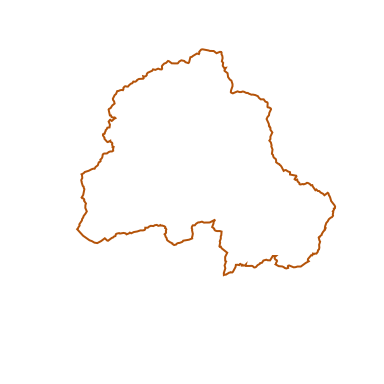 outline of Huong Son, Ha Tinh, Vietnam, rotated 53°
{"feature_id": "81297802B24299836434530", "entity_name": "Huong Son", "entity_type": "district", "adm_level": 2, "iso_a3": "VNM", "parent_name": "Vietnam", "parent_adm1": "Ha Tinh", "projection": "robinson", "projection_center": [105.339, 18.446], "detail": "fine", "context": "isolated", "style": "outline", "palette": "amber", "viewbox_px": 384, "rotation_deg": 53, "n_neighbors": 0, "source": "geoboundaries", "source_scale": "gbopen_adm2", "svg_char_len": 5957}
<svg xmlns="http://www.w3.org/2000/svg" viewBox="0 0 384 384"><g transform="rotate(53 192 192)"><path d="M313.1,123.8L310.6,122.2L308.8,119.6L307.4,119.4L304.6,118.2L304.4,117.5L304.7,116.6L304.3,116.0L304.3,114.2L303.6,113.5L302.6,111.0L302.2,108.5L301.6,108.5L301.2,107.0L300.5,107.3L299.5,106.3L297.5,103.3L297.1,101.3L296.1,99.1L296.0,96.6L296.3,95.4L295.8,93.6L294.7,93.1L292.9,91.1L292.2,91.2L291.5,89.1L290.6,88.7L290.9,87.6L289.8,86.5L288.4,86.2L283.0,86.3L279.6,85.0L278.0,84.6L277.3,84.7L275.3,83.9L274.3,84.1L274.3,88.2L272.3,88.4L269.8,89.6L267.9,89.8L266.9,90.9L264.8,91.2L264.8,92.4L260.0,92.2L258.9,91.8L258.2,93.0L256.4,93.1L254.4,94.1L253.8,94.8L253.8,96.1L253.1,98.2L252.4,98.6L251.1,101.1L250.3,101.4L249.2,100.8L247.2,101.3L245.4,100.5L244.8,101.9L243.6,102.4L243.2,101.9L242.5,99.3L241.7,99.0L237.0,103.2L235.2,101.8L233.1,103.1L231.0,103.8L230.5,104.6L230.3,106.1L225.6,105.3L224.0,105.3L223.1,105.7L222.3,105.5L221.2,106.2L218.9,106.9L217.2,105.7L216.2,105.3L213.8,105.9L212.8,105.8L211.1,105.0L209.6,105.2L206.5,102.1L203.3,101.2L202.7,100.4L199.9,99.2L197.5,99.3L196.9,97.5L195.0,96.1L192.8,92.0L189.4,91.9L188.1,90.8L187.3,90.9L186.6,90.5L186.2,90.9L185.6,90.8L184.0,89.7L178.6,88.5L177.5,86.4L177.1,84.4L175.3,82.6L173.5,79.1L172.8,78.8L171.3,79.3L170.0,80.5L169.4,80.5L166.6,78.1L165.7,77.9L164.0,79.0L161.1,79.0L159.3,81.4L156.9,81.9L155.2,81.7L152.7,83.1L150.9,84.7L150.0,86.0L147.5,87.5L146.5,87.8L145.6,89.0L143.0,90.3L142.1,91.3L141.8,92.6L140.7,94.0L139.0,95.1L137.8,100.0L136.3,100.9L135.6,100.9L134.3,99.6L131.9,96.0L130.2,94.7L126.7,93.5L125.1,94.1L121.9,94.0L118.5,92.1L114.9,93.1L114.3,92.8L113.2,90.3L112.5,91.7L109.7,91.5L107.6,89.4L105.6,89.5L103.5,87.0L101.6,85.9L99.7,85.5L98.5,84.5L97.8,84.4L96.9,85.3L95.9,88.9L92.5,89.8L90.0,92.9L88.9,93.6L84.5,97.6L84.0,98.4L83.8,99.1L84.4,101.9L85.5,102.6L86.0,103.5L84.4,104.7L83.9,109.5L84.0,110.7L83.4,112.2L86.3,115.8L86.8,116.5L86.8,117.4L84.4,119.1L82.7,119.3L80.4,121.3L80.1,123.7L80.7,125.8L80.5,126.3L77.1,130.7L73.7,131.7L72.9,132.3L73.3,135.0L72.7,137.0L73.1,139.5L73.4,140.3L75.6,141.7L75.8,142.5L74.7,143.8L73.1,144.8L72.4,147.8L70.6,149.3L71.2,150.8L70.1,155.6L70.5,157.0L71.5,157.9L71.7,159.3L71.1,160.6L70.2,161.3L72.0,162.1L72.1,162.9L69.8,166.3L69.5,168.4L69.8,168.8L69.9,170.3L69.7,171.1L68.5,172.4L69.2,174.2L68.7,175.7L68.9,178.3L69.3,179.6L68.8,180.4L67.5,181.5L67.2,182.3L67.5,184.0L68.8,185.1L69.1,185.9L68.4,186.4L67.5,188.1L67.0,190.1L66.4,191.0L68.0,193.7L68.1,195.5L69.9,199.1L70.8,199.6L72.8,199.7L74.8,200.6L74.9,203.6L76.0,206.5L75.7,208.2L76.0,209.0L81.4,211.5L82.0,210.7L83.8,211.1L85.3,210.0L85.9,208.9L86.9,208.7L86.7,210.1L87.0,213.0L86.8,213.5L85.2,213.7L85.0,214.1L85.3,215.1L85.6,216.2L88.8,217.0L90.8,219.0L89.7,220.9L90.5,222.3L90.7,223.8L91.4,224.4L92.2,226.2L92.8,226.5L92.8,227.3L92.3,228.2L92.6,228.6L93.3,229.1L95.9,229.2L96.8,229.9L100.8,229.6L101.5,229.2L101.9,226.4L102.8,226.9L104.2,226.3L105.0,226.3L105.4,226.5L106.0,227.3L107.6,227.8L108.3,228.4L108.9,227.6L110.3,229.3L111.6,230.1L111.5,231.4L110.4,233.0L110.0,234.3L110.0,236.8L108.5,238.9L108.2,239.8L108.5,240.9L110.1,242.5L110.6,243.4L110.9,244.2L111.0,245.7L112.3,246.3L112.5,247.3L112.2,248.6L114.0,251.2L114.0,254.0L114.8,255.8L114.0,256.7L113.4,258.6L112.9,261.7L111.5,265.6L111.8,267.3L111.4,269.5L112.0,269.5L114.8,271.2L115.8,273.2L116.5,273.7L117.2,273.8L118.1,274.4L121.5,275.6L122.4,275.3L123.7,276.0L124.9,276.2L128.9,280.7L130.0,283.5L131.0,283.4L131.4,282.8L132.6,282.5L133.6,282.8L134.0,283.5L137.4,283.6L138.3,285.0L140.5,286.8L144.2,287.7L145.1,289.9L146.0,293.1L146.9,294.3L147.4,295.9L148.5,297.1L150.0,301.4L151.2,302.0L151.9,304.2L152.5,305.0L152.6,306.1L161.4,305.3L168.9,302.9L171.0,301.5L173.7,300.4L175.8,298.4L176.5,294.1L176.5,289.5L179.8,288.9L180.4,288.4L180.4,283.7L180.8,282.6L180.6,281.2L181.1,279.7L179.9,278.2L180.0,277.1L181.0,274.9L181.8,274.6L183.5,271.3L185.1,269.9L186.4,269.8L187.1,267.3L187.0,266.1L188.4,265.4L189.0,262.5L190.6,259.4L191.6,256.3L193.2,254.2L193.8,252.8L193.6,251.9L192.4,250.8L193.9,248.9L193.8,247.1L194.2,245.3L196.0,243.3L196.1,241.8L197.1,239.9L198.7,239.3L199.3,238.2L199.3,237.2L200.2,237.0L200.7,236.1L202.7,234.7L203.7,234.4L204.7,235.2L205.3,234.8L206.4,235.0L207.3,236.3L208.4,236.8L209.0,237.4L209.2,239.3L210.1,239.3L211.9,240.0L213.6,240.0L214.7,240.6L215.7,240.8L218.8,239.8L221.2,238.6L221.7,238.9L223.6,238.2L224.4,236.3L224.1,235.3L224.4,233.8L225.2,232.5L225.9,230.1L225.9,229.2L225.6,228.3L228.3,223.1L229.2,219.8L228.1,219.2L227.8,218.6L225.9,216.5L222.6,215.0L221.8,214.2L220.9,214.1L219.8,213.1L219.1,211.5L220.3,209.8L219.8,207.7L220.0,205.4L220.6,204.6L221.7,201.9L223.6,200.9L227.0,196.2L228.0,190.1L228.9,192.7L230.2,193.9L232.1,197.0L234.6,196.3L235.4,196.8L236.9,196.6L238.4,195.4L239.9,193.3L241.4,192.2L244.2,194.7L244.6,195.6L246.6,197.1L248.1,199.5L249.4,200.0L251.9,202.8L252.6,202.8L253.0,201.9L254.8,202.2L261.7,200.4L263.8,204.6L266.8,206.8L267.9,206.6L268.0,207.2L268.6,207.5L270.3,210.2L273.0,211.3L275.9,215.4L277.5,216.5L277.8,215.3L278.4,214.8L278.8,210.7L279.3,210.1L279.3,209.4L280.4,208.5L280.4,207.4L278.1,202.4L276.6,200.8L277.6,199.3L278.8,198.3L278.7,197.6L278.4,197.2L278.5,196.7L279.4,196.5L280.4,195.6L280.9,196.3L281.3,195.7L282.5,194.0L282.3,192.7L283.0,193.6L283.4,193.6L287.0,188.7L287.6,188.2L289.6,187.8L290.1,187.2L290.4,185.9L289.9,183.7L290.2,181.1L289.8,180.5L290.6,178.7L289.7,176.2L290.8,173.4L292.0,172.7L293.6,170.8L291.7,166.0L293.6,163.5L293.7,164.9L294.4,165.8L295.9,166.1L297.6,165.4L298.3,165.6L299.4,167.8L300.0,168.2L300.1,168.8L303.4,167.4L305.8,164.7L307.3,163.9L308.4,163.7L309.8,162.7L310.5,160.9L308.9,160.0L308.8,159.4L309.2,158.6L313.4,156.1L314.4,154.4L315.0,152.6L317.0,150.0L317.1,144.0L317.6,140.4L316.1,140.5L315.3,139.6L314.2,134.8L314.9,134.2L314.0,132.4L315.0,132.1L315.1,131.0L316.1,129.7L316.0,129.4L315.4,127.4L314.9,127.1L314.3,126.2L314.3,125.2L313.1,123.8Z" fill="none" stroke="#b45309" stroke-width="2"/></g></svg>